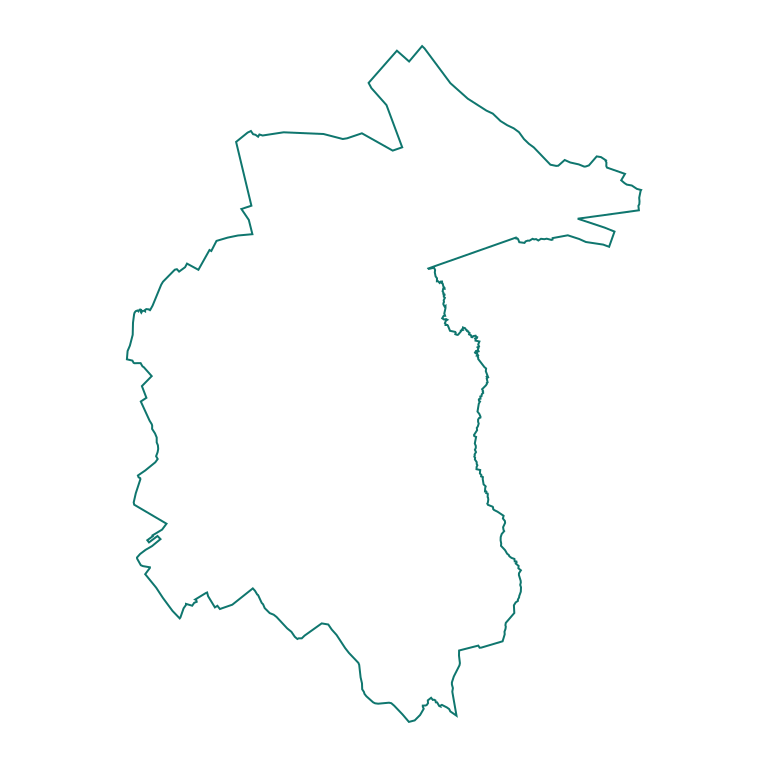 Tasnad, Satu Mare, Romania
{"feature_id": "2599482B32783786094013", "entity_name": "Tasnad", "entity_type": "district", "adm_level": 2, "iso_a3": "ROU", "parent_name": "Romania", "parent_adm1": "Satu Mare", "projection": "mercator", "projection_center": [22.612, 47.484], "detail": "fine", "context": "isolated", "style": "outline", "palette": "teal", "viewbox_px": 768, "rotation_deg": 0, "n_neighbors": 0, "source": "geoboundaries", "source_scale": "gbopen_adm2", "svg_char_len": 6119}
<svg xmlns="http://www.w3.org/2000/svg" viewBox="0 0 768 768"><path d="M609.1,246.8L614.5,231.6L604.6,227.6L577.7,218.7L638.9,210.3L638.4,205.9L639.3,204.2L639.5,201.4L639.2,197.8L640.6,190.9L641.1,190.0L636.9,188.9L631.8,185.5L626.8,184.6L624.5,183.1L621.2,180.3L625.0,173.9L607.0,167.6L606.3,166.1L606.4,162.4L605.6,160.9L606.0,160.4L601.0,157.1L596.7,156.4L588.9,165.4L585.7,166.5L584.2,166.6L578.8,164.4L570.3,162.5L564.7,160.0L558.3,165.7L556.2,165.9L550.4,164.7L533.8,147.4L529.0,143.9L524.0,139.1L519.0,132.2L513.7,128.3L507.2,125.2L500.6,121.1L492.8,113.6L486.4,110.6L467.8,98.7L450.4,83.2L424.5,48.4L422.1,46.1L409.1,61.5L396.9,50.7L368.6,82.9L371.4,88.1L386.5,105.1L402.2,147.3L392.7,150.6L361.9,133.3L347.1,138.3L342.8,139.0L323.5,134.0L283.6,132.3L262.6,135.5L259.4,134.5L258.1,136.7L255.5,134.8L253.1,134.2L250.9,131.0L247.6,132.6L236.1,141.9L251.4,205.7L241.4,209.0L248.8,219.9L252.4,234.2L237.9,235.5L227.7,237.6L216.5,240.9L211.3,251.0L209.5,250.0L198.4,269.8L187.0,263.6L185.1,267.2L179.1,271.6L176.9,269.2L174.8,269.7L163.0,281.7L161.2,284.7L152.6,305.6L150.1,310.1L149.4,310.8L149.7,310.3L149.0,309.4L146.3,309.1L145.1,309.9L145.1,311.3L144.3,310.8L142.3,310.9L141.3,312.7L141.0,312.2L141.0,309.8L140.2,309.5L139.5,309.7L138.5,311.4L137.4,310.5L135.7,311.2L134.6,312.6L134.1,314.3L133.0,322.7L132.7,334.8L129.9,345.6L127.6,351.0L126.9,359.3L132.4,360.6L133.6,362.8L134.4,363.2L140.6,363.1L142.5,366.4L143.8,367.2L151.7,376.1L141.9,386.1L146.4,397.8L140.8,401.5L149.6,420.7L151.8,424.3L152.2,425.8L152.1,428.9L155.0,433.4L156.7,437.5L156.7,442.4L157.9,445.3L158.2,448.9L157.6,452.2L156.1,456.2L157.7,459.0L155.3,462.3L145.2,470.5L137.9,475.5L138.6,477.3L140.2,478.2L140.4,479.2L135.8,493.2L133.7,502.4L134.2,504.7L166.5,523.7L162.1,529.6L152.5,535.4L152.9,536.1L147.3,540.2L149.0,542.4L157.5,536.0L160.5,539.1L152.0,546.1L145.5,549.9L140.1,554.0L137.0,557.5L137.1,558.6L140.8,565.2L142.9,566.1L149.9,567.3L149.9,567.9L145.2,574.2L156.2,587.7L162.9,597.9L172.5,610.9L179.7,618.4L180.4,617.5L183.6,608.3L186.0,604.9L186.0,603.9L192.2,605.7L194.2,602.8L196.7,601.8L196.2,600.0L195.2,599.5L205.9,593.0L207.1,592.5L208.1,596.2L214.9,607.4L217.4,605.8L219.9,609.0L232.3,604.7L252.8,588.4L255.0,590.8L257.2,594.5L258.1,595.1L261.7,602.9L263.1,604.3L264.7,608.1L269.7,613.1L273.7,614.7L276.6,617.0L287.2,628.4L291.4,631.8L294.8,636.8L297.4,639.0L298.7,638.3L301.8,638.3L304.6,635.6L321.7,623.4L328.3,624.5L331.7,629.5L336.6,635.0L345.1,648.0L349.0,653.0L358.4,662.9L359.2,664.9L360.6,677.4L362.0,683.4L362.2,689.3L363.9,691.9L364.5,693.9L366.4,696.3L373.1,702.3L375.1,703.3L378.2,703.7L389.0,702.7L391.3,703.2L394.2,705.7L402.5,714.4L408.9,721.9L414.7,720.4L420.1,715.0L423.7,708.8L422.8,706.7L422.8,705.6L425.7,705.5L426.8,704.9L428.0,703.2L427.8,700.4L431.1,697.8L432.8,699.9L434.0,699.7L435.4,700.4L435.8,702.3L437.1,702.4L439.2,706.0L440.2,706.4L440.0,705.9L441.9,704.9L446.8,707.4L449.2,709.1L450.3,711.4L456.5,715.7L452.3,691.7L452.9,688.1L451.9,684.5L451.9,682.4L453.8,676.5L459.5,665.3L459.9,663.1L459.0,655.6L459.1,650.5L478.3,645.6L479.6,647.7L481.3,647.6L502.6,641.3L504.7,634.3L504.5,631.7L505.5,628.9L505.8,626.6L505.4,625.2L505.8,622.9L514.3,613.0L513.9,605.3L515.7,602.4L517.9,600.9L517.9,599.5L519.1,597.4L519.2,596.1L520.8,591.7L521.0,587.3L520.2,584.9L520.8,582.6L520.7,580.9L518.9,575.0L519.0,573.2L520.9,570.3L518.4,568.3L518.6,565.9L515.8,563.6L516.6,562.4L516.4,561.5L514.7,561.4L514.4,558.9L511.5,557.9L509.3,556.2L508.8,555.0L507.1,553.7L505.1,550.2L501.0,545.8L501.2,543.5L500.6,540.3L500.7,537.1L501.7,534.0L504.2,531.1L503.5,529.9L503.1,527.2L505.1,522.9L504.9,521.0L502.9,518.5L503.6,515.8L497.5,511.7L494.1,510.0L493.2,509.1L493.0,507.2L492.6,506.7L487.9,504.8L487.3,503.6L487.8,502.8L488.3,499.6L488.0,497.5L487.6,497.0L487.8,494.3L487.7,493.6L486.2,493.1L486.4,491.6L485.6,491.0L485.0,491.2L485.2,487.9L485.7,486.4L483.6,484.4L482.7,478.9L482.9,477.1L481.1,476.4L481.4,475.1L479.9,473.4L480.2,470.0L476.5,469.2L476.6,466.9L477.4,465.2L476.7,464.0L476.7,462.1L474.9,459.5L475.1,457.6L474.3,456.7L474.8,455.1L474.6,454.4L476.0,452.1L474.9,449.8L475.8,447.9L475.8,445.9L474.8,443.5L476.1,436.9L474.3,436.1L474.0,435.0L477.1,430.2L476.8,427.9L477.8,426.5L478.7,423.6L478.1,421.8L478.1,419.6L479.0,418.1L480.4,417.6L480.5,416.7L479.3,413.9L477.5,411.6L478.8,403.7L480.0,401.5L479.1,401.0L478.8,399.8L479.1,399.1L480.5,398.7L480.3,396.5L481.5,396.2L481.8,394.2L483.2,392.9L482.7,391.7L483.1,391.1L482.1,389.2L486.0,385.3L486.9,383.8L486.8,382.9L487.6,382.4L486.7,378.4L487.9,377.5L486.7,376.6L487.2,376.0L487.7,376.2L485.8,371.2L486.1,368.5L484.4,367.1L478.2,359.0L478.2,357.6L477.7,356.9L478.1,355.8L476.9,355.6L477.6,354.6L477.0,354.0L477.3,352.7L475.6,353.2L475.0,352.6L476.0,351.0L478.5,351.1L477.8,349.3L478.5,348.0L477.6,347.2L479.0,346.4L478.2,344.5L479.4,341.5L475.5,340.6L475.7,339.6L475.1,338.5L476.9,338.0L477.2,337.2L476.1,336.6L475.6,335.7L473.2,336.1L472.4,337.2L471.5,337.1L471.0,335.3L469.1,334.4L469.6,333.1L468.6,332.5L468.3,331.4L467.1,331.1L466.7,330.0L465.8,329.6L465.2,328.3L463.0,327.5L462.9,328.7L462.2,329.2L462.8,330.0L460.8,330.6L460.9,331.4L458.1,334.7L457.3,334.9L455.3,334.2L455.7,332.6L455.2,331.9L450.0,330.8L447.9,325.6L447.4,325.0L445.5,325.0L445.5,323.8L444.9,323.2L445.9,320.7L447.3,319.8L446.1,319.1L444.0,319.5L442.2,318.3L443.6,315.9L445.1,315.8L444.3,313.5L445.5,308.0L445.5,305.9L444.6,306.6L443.4,304.4L443.4,303.2L444.0,302.0L443.7,300.2L444.9,297.8L443.8,296.7L443.8,295.7L444.4,295.1L443.8,294.7L444.2,294.2L443.3,293.6L443.4,292.5L442.6,291.4L443.2,288.6L444.6,288.8L444.5,287.8L443.4,286.5L442.7,283.7L441.2,282.7L442.1,282.0L442.0,281.5L440.6,281.6L439.6,282.9L438.0,281.2L436.9,281.3L437.0,278.3L435.6,276.4L434.8,272.4L435.1,270.0L434.0,267.7L428.1,269.1L428.5,268.8L428.3,268.5L435.8,265.8L515.9,237.6L516.3,238.6L517.4,238.4L518.1,239.2L519.3,242.2L524.5,242.9L525.6,241.4L527.8,240.6L529.4,240.7L532.6,238.8L534.1,239.4L536.1,239.1L538.3,240.5L541.0,238.8L544.3,239.2L546.7,238.7L551.4,239.9L552.5,239.6L552.6,238.1L567.8,235.3L579.2,239.0L585.9,242.0L603.2,244.6L609.1,246.8Z" fill="none" stroke="#0f766e" stroke-width="2"/></svg>